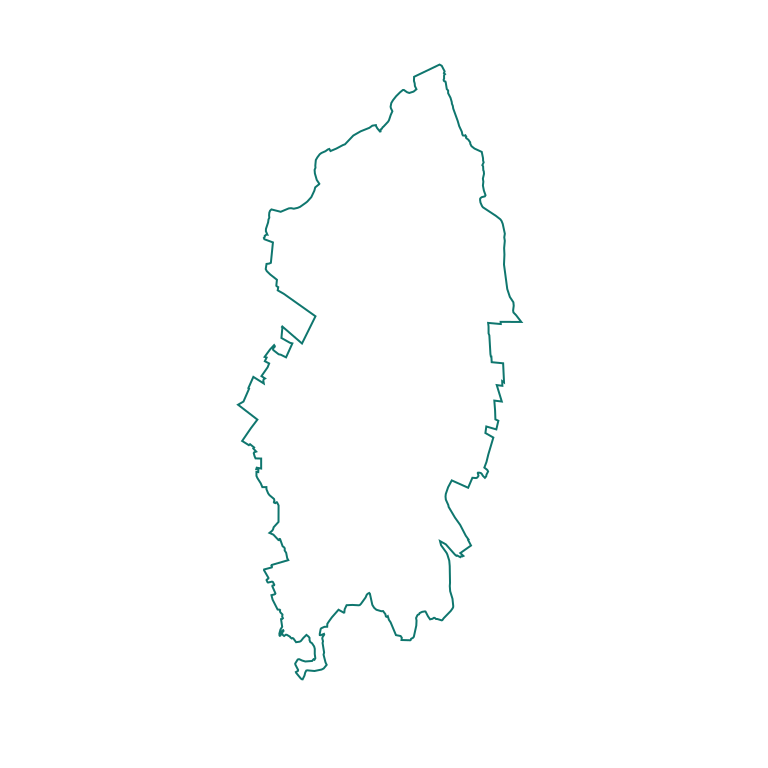 Pasareni, Mures, Romania (Robinson projection), rotated 223°
{"feature_id": "2599482B7077301459992", "entity_name": "Pasareni", "entity_type": "district", "adm_level": 2, "iso_a3": "ROU", "parent_name": "Romania", "parent_adm1": "Mures", "projection": "robinson", "projection_center": [24.7, 46.483], "detail": "fine", "context": "isolated", "style": "outline", "palette": "teal", "viewbox_px": 768, "rotation_deg": 223, "n_neighbors": 0, "source": "geoboundaries", "source_scale": "gbopen_adm2", "svg_char_len": 6166}
<svg xmlns="http://www.w3.org/2000/svg" viewBox="0 0 768 768"><g transform="rotate(223 384 384)"><path d="M571.5,629.2L568.8,626.1L566.6,624.8L564.6,623.0L561.3,621.7L561.8,618.0L564.0,614.1L566.2,613.1L570.0,612.6L570.7,611.9L571.2,608.3L571.4,602.8L571.0,597.8L570.3,594.5L568.3,591.3L567.0,590.4L563.9,589.2L562.5,585.2L560.3,580.4L559.9,578.7L559.9,571.6L560.1,570.9L559.7,569.2L560.0,567.9L558.8,566.4L559.1,565.9L563.2,566.4L565.7,567.2L566.5,567.8L568.7,565.0L569.4,561.4L573.4,552.9L575.9,544.8L576.0,532.7L577.0,530.7L579.4,523.7L582.0,517.9L584.3,518.6L585.0,517.3L585.6,514.3L587.3,510.3L587.7,508.2L587.3,504.3L586.6,501.3L583.2,496.9L581.6,495.4L580.8,493.3L578.2,490.9L572.4,487.4L567.8,486.3L567.7,485.9L568.4,480.9L566.8,477.9L564.6,471.1L564.5,465.1L564.8,463.1L566.2,456.3L567.3,453.9L569.5,450.7L571.9,449.2L573.4,447.5L577.0,439.5L585.4,434.9L585.5,433.1L584.8,431.2L583.1,429.0L581.3,427.4L580.7,425.6L579.0,423.2L576.1,416.9L574.6,415.2L571.2,413.7L571.8,413.3L572.3,411.1L571.6,410.4L571.5,408.9L570.2,408.3L561.8,411.8L549.4,395.5L550.1,393.8L551.8,391.7L548.9,387.4L546.7,386.6L541.9,386.5L533.4,387.2L529.9,382.6L529.3,382.3L527.4,382.7L525.6,380.0L518.9,381.6L480.3,386.8L471.6,357.7L497.6,356.7L497.5,356.1L496.9,356.1L490.4,347.7L480.9,350.0L478.7,351.2L473.8,336.7L479.5,335.0L481.3,333.9L487.9,333.3L488.6,333.5L489.4,334.7L489.3,336.6L489.6,337.2L490.9,337.5L490.9,331.5L489.8,322.4L487.9,323.3L486.7,319.4L482.0,320.7L480.5,316.8L479.0,306.2L474.8,306.9L475.2,305.6L475.0,304.9L474.4,304.0L472.3,302.4L484.4,300.1L480.4,288.5L479.5,288.6L474.8,275.3L476.6,269.3L452.3,271.6L451.2,260.9L448.9,245.6L441.1,247.1L440.9,248.6L435.7,249.0L435.6,247.7L431.4,247.4L432.3,245.7L432.1,244.6L429.2,242.8L427.2,242.0L423.0,245.7L416.2,238.4L420.0,236.0L419.4,234.7L417.7,235.9L415.9,233.8L417.4,232.8L414.6,229.8L412.5,228.9L406.4,227.3L402.6,225.6L399.7,228.4L398.1,226.8L394.1,225.0L391.9,224.6L386.0,224.9L384.7,224.0L384.0,222.5L383.3,222.3L382.2,222.8L382.1,224.1L381.6,224.5L378.3,223.3L367.1,211.2L367.0,204.0L366.1,202.2L365.7,200.6L366.2,197.0L362.1,198.4L354.8,197.9L354.4,198.1L354.7,199.4L354.2,199.7L347.5,196.2L345.4,196.4L344.4,196.0L343.1,194.5L340.4,193.8L336.0,190.6L333.9,189.9L342.7,175.1L342.6,174.5L341.2,173.9L341.0,173.3L345.2,166.6L344.8,166.0L336.3,163.4L335.9,162.9L336.3,161.0L336.2,160.5L334.0,159.6L333.4,159.7L331.1,163.1L330.2,163.4L327.4,162.4L327.1,161.9L328.1,160.5L327.7,159.9L320.6,156.8L320.4,156.2L320.7,155.3L322.3,152.8L318.4,150.3L308.0,146.5L306.4,147.8L305.8,147.8L305.3,147.0L304.0,146.3L301.1,146.2L299.7,144.3L298.2,143.8L298.2,142.8L298.9,141.8L292.9,137.0L292.3,133.9L290.3,130.1L288.9,128.8L288.4,128.8L288.2,129.4L289.9,133.5L290.1,134.6L289.8,135.2L289.1,134.9L288.9,132.7L288.4,132.1L287.3,131.5L286.2,131.5L285.2,131.6L284.8,133.7L284.0,134.3L280.3,135.1L279.7,134.8L277.9,135.0L277.6,135.8L276.7,136.1L272.2,135.2L269.9,138.1L269.5,139.5L269.8,143.2L269.6,147.6L266.8,147.8L265.3,147.5L263.8,145.9L261.9,145.0L259.8,145.3L256.1,144.4L254.0,143.1L250.5,139.3L247.2,136.6L246.8,134.9L247.8,134.7L247.7,132.4L252.3,127.4L255.3,125.9L258.1,125.0L258.9,124.3L259.2,123.6L258.3,119.0L257.4,118.3L251.8,116.3L251.3,115.5L252.0,113.2L251.1,112.8L244.1,111.9L242.8,112.0L242.1,112.5L243.3,116.5L244.8,119.2L245.4,121.4L244.9,122.2L239.1,126.7L234.9,132.6L234.1,134.8L234.4,139.5L236.9,140.5L243.6,144.8L244.7,146.8L252.3,152.7L253.2,154.3L255.5,155.7L256.3,156.9L256.8,159.9L257.5,160.3L259.0,157.1L259.7,156.6L260.5,157.3L263.2,161.6L263.3,162.6L261.9,165.9L260.0,167.7L261.9,170.0L262.4,173.0L263.0,177.8L263.3,187.9L257.5,189.3L257.2,189.8L259.1,192.4L260.5,196.7L256.5,200.8L251.6,204.9L251.0,205.7L250.9,207.4L251.9,215.4L252.8,217.8L252.9,219.3L252.3,221.1L251.3,221.0L241.9,214.5L238.6,213.6L235.6,213.7L231.0,216.0L229.8,217.3L226.0,216.6L224.1,215.3L223.1,215.6L222.9,216.8L219.6,214.9L216.6,214.2L204.0,208.5L200.0,211.0L198.0,210.6L196.6,208.7L190.0,214.5L189.9,214.9L190.4,216.2L189.7,218.1L189.8,219.5L195.6,229.3L198.9,233.2L200.9,234.7L201.8,237.4L201.9,238.2L201.3,239.5L201.7,240.8L200.7,243.4L198.9,245.7L198.4,245.9L193.4,244.1L189.8,243.3L188.4,245.4L188.1,246.9L187.5,247.5L185.7,247.6L184.7,248.5L180.6,250.5L180.3,251.1L180.6,253.5L180.4,263.5L180.8,266.6L181.2,267.9L181.9,268.8L187.4,273.6L194.3,277.6L198.1,281.1L200.1,283.6L211.8,295.7L215.8,299.3L221.4,302.5L223.2,303.2L232.3,305.0L235.9,307.3L229.4,308.9L215.7,307.6L213.9,307.7L213.7,308.4L210.1,309.4L210.2,310.3L209.2,311.2L208.7,312.4L212.9,312.4L210.2,325.2L216.2,327.3L216.1,327.9L220.7,328.8L232.2,332.9L241.0,334.7L252.9,338.2L254.4,339.3L259.9,341.6L262.2,343.6L263.8,345.7L266.7,352.2L268.7,359.7L251.7,365.5L255.4,375.7L252.5,378.0L252.0,379.1L252.1,380.6L252.4,381.4L254.7,382.8L254.8,383.2L253.9,384.1L252.5,384.9L251.0,384.9L249.2,384.3L246.2,384.2L246.3,386.2L247.2,387.5L248.2,391.0L249.9,391.6L253.6,391.3L255.9,396.9L259.7,403.7L267.5,419.4L276.4,417.3L280.2,422.7L270.9,427.4L275.3,435.1L278.4,434.1L284.6,440.3L292.0,447.1L285.9,451.5L300.8,460.1L296.2,463.4L299.5,466.7L297.3,467.0L311.0,480.4L320.1,473.4L324.2,477.3L324.6,477.0L326.5,478.4L340.1,491.4L342.0,492.3L346.7,497.3L349.5,499.7L339.5,507.5L341.1,509.0L325.9,523.0L334.2,524.4L338.1,524.6L339.7,525.8L342.5,529.7L345.1,532.0L351.3,533.5L358.6,537.5L377.7,553.2L384.2,560.8L388.8,565.3L393.3,571.1L396.1,573.3L398.1,576.3L406.4,582.1L409.2,583.4L411.2,583.8L416.7,583.3L432.2,580.7L433.7,581.0L437.2,582.5L439.1,584.0L440.0,585.0L440.2,586.0L439.9,587.4L438.2,590.0L438.5,591.3L442.9,593.6L447.0,596.6L449.3,599.7L451.7,601.6L454.2,605.9L456.2,607.7L457.1,608.0L460.0,610.8L461.3,611.1L462.3,614.1L463.8,614.9L465.6,616.7L470.8,620.4L478.4,617.9L482.2,617.6L484.7,618.5L485.8,619.5L489.0,620.2L491.5,619.9L492.2,620.2L492.5,621.0L494.1,621.4L494.3,620.7L495.8,619.6L496.8,619.9L499.2,621.6L504.9,623.9L509.4,626.6L521.3,632.7L523.3,634.3L525.5,635.3L526.7,636.4L530.6,638.7L535.4,640.4L537.3,642.4L539.2,642.5L544.6,646.7L545.4,647.1L546.2,646.6L547.1,646.6L547.9,647.2L548.3,648.3L550.3,650.4L550.8,651.3L550.7,652.2L552.2,652.2L552.9,654.0L558.8,656.1L561.2,655.5L571.5,629.2Z" fill="none" stroke="#0f766e" stroke-width="2"/></g></svg>